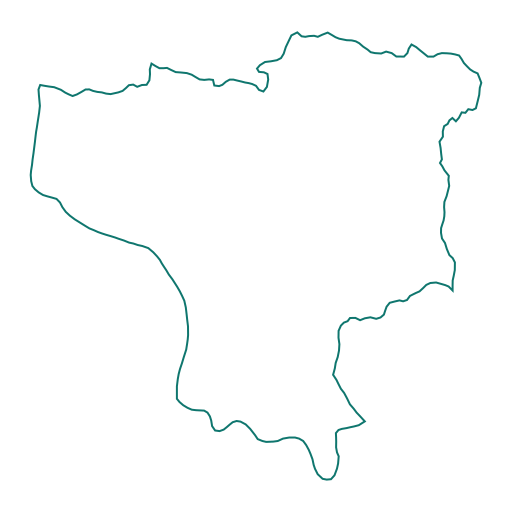 outline of Campos Gerais, Minas Gerais, Brazil
{"feature_id": "56859067B26263873821946", "entity_name": "Campos Gerais", "entity_type": "district", "adm_level": 2, "iso_a3": "BRA", "parent_name": "Brazil", "parent_adm1": "Minas Gerais", "projection": "robinson", "projection_center": [-45.751, -21.29], "detail": "fine", "context": "isolated", "style": "outline", "palette": "teal", "viewbox_px": 512, "rotation_deg": 0, "n_neighbors": 0, "source": "geoboundaries", "source_scale": "gbopen_adm2", "svg_char_len": 4083}
<svg xmlns="http://www.w3.org/2000/svg" viewBox="0 0 512 512"><path d="M176.9,398.8L179.5,402.0L183.2,405.2L187.5,407.8L191.8,409.7L196.1,410.2L204.1,410.6L207.5,412.6L209.9,416.4L211.2,420.5L212.1,426.1L215.1,430.5L219.6,431.1L223.7,429.6L226.7,427.2L229.7,424.6L232.7,422.2L236.6,421.0L240.5,421.6L245.7,424.4L250.2,428.9L255.1,435.2L257.7,439.1L262.4,441.0L266.2,441.9L273.3,441.6L277.8,441.0L283.0,438.6L289.4,437.5L294.9,437.5L299.1,438.6L303.2,441.0L306.2,445.1L308.8,449.9L310.5,453.9L312.5,459.3L313.7,465.0L315.0,468.8L317.7,474.2L322.6,478.8L326.7,479.6L331.0,479.2L334.5,475.3L337.0,468.6L338.1,463.5L338.7,456.3L337.0,452.4L336.1,447.4L336.2,441.6L336.1,437.5L335.9,433.1L338.5,430.0L341.8,428.9L346.5,428.1L350.4,427.2L353.8,426.5L358.8,425.2L364.8,421.4L360.5,416.7L356.6,412.6L353.7,408.7L349.9,404.3L347.1,398.5L344.1,392.9L340.9,388.8L338.6,384.3L336.4,379.8L333.1,374.8L334.8,368.5L335.7,362.9L337.7,357.1L339.0,350.6L339.4,344.2L338.5,337.7L338.6,330.8L340.9,325.6L343.9,322.6L347.6,321.2L350.0,318.0L355.4,317.9L360.1,320.2L364.8,318.3L370.4,317.3L376.2,318.8L380.5,317.5L383.9,314.6L385.2,310.6L386.6,306.7L389.7,302.8L394.7,301.5L399.5,300.4L403.1,301.3L407.0,300.0L410.0,295.9L415.6,293.1L419.5,291.4L423.1,288.1L426.3,284.9L430.3,283.0L436.1,282.5L441.4,284.0L445.2,285.1L448.6,286.5L452.6,290.5L452.6,284.9L452.7,280.4L453.7,275.9L454.8,270.1L454.9,262.4L452.7,258.1L449.4,255.1L446.8,248.9L445.0,243.0L442.0,238.5L441.0,232.8L441.1,228.1L442.3,224.3L443.6,220.4L444.3,216.3L444.5,212.2L444.1,207.1L444.4,201.9L446.6,196.2L447.9,191.1L449.2,185.9L448.4,179.9L448.8,175.8L444.5,170.4L442.3,166.3L440.0,163.0L441.9,159.4L441.2,154.0L440.6,148.0L439.5,141.7L442.9,136.7L442.8,131.4L444.1,126.2L447.7,123.9L449.4,120.4L452.4,118.0L455.9,121.3L458.9,117.8L461.7,112.4L465.4,112.8L468.3,109.2L472.5,110.0L475.9,108.3L477.6,101.5L479.2,94.9L479.8,87.8L481.3,82.8L479.4,77.8L477.6,73.4L473.5,71.6L470.1,69.4L467.0,66.3L463.9,63.0L461.5,58.9L459.1,55.5L455.0,54.4L450.9,53.6L447.1,53.3L441.9,53.1L437.6,54.2L433.5,56.6L427.8,56.6L423.5,53.1L420.0,50.3L416.2,47.1L411.5,44.5L408.8,48.6L407.4,53.1L404.0,56.6L396.3,56.5L391.7,53.1L386.1,51.6L381.2,53.5L374.9,53.1L370.7,52.2L367.6,49.6L363.1,46.6L359.2,43.2L355.7,41.3L351.7,40.4L346.7,40.2L343.2,39.5L339.2,38.7L335.5,37.2L332.2,35.2L327.7,32.6L322.3,34.7L317.8,36.8L314.1,35.8L309.0,36.1L305.3,36.8L301.6,36.3L297.3,32.4L291.4,35.4L288.7,41.0L285.8,47.1L283.7,53.7L281.0,58.1L276.9,60.2L270.9,61.3L265.0,62.0L259.9,65.2L257.0,68.6L259.0,71.9L263.9,72.3L267.5,74.0L268.2,79.6L266.9,86.9L263.4,91.5L259.0,89.9L256.0,85.8L252.1,84.0L248.7,83.1L245.1,82.5L241.3,81.5L237.0,80.5L233.4,79.6L229.7,79.6L225.8,81.8L222.4,84.8L219.1,86.1L214.3,85.5L213.0,79.9L209.1,79.4L204.3,79.9L199.6,79.4L195.5,77.0L191.7,74.7L186.9,73.1L181.0,72.5L175.7,72.1L171.2,70.0L167.0,67.9L163.6,68.2L159.4,68.2L155.6,66.1L151.5,63.6L149.8,69.4L150.0,74.2L149.4,80.3L146.6,84.8L141.9,85.0L137.2,86.8L133.2,84.6L128.9,85.2L126.0,88.0L122.6,90.9L118.3,92.4L114.7,93.2L110.6,94.1L106.1,93.6L101.8,92.4L97.3,91.9L93.0,90.9L89.3,89.4L85.5,89.5L81.3,92.0L76.8,94.5L72.5,96.0L68.4,94.2L65.2,92.6L60.9,89.8L54.2,87.2L48.8,86.5L44.5,85.8L40.2,85.0L38.5,89.5L38.9,95.0L39.4,100.4L39.9,105.9L39.1,112.9L37.8,121.2L36.8,127.8L36.1,131.8L35.6,135.9L34.9,142.1L34.1,148.4L33.5,153.2L32.6,159.4L32.0,165.0L31.1,170.6L30.7,175.0L31.2,181.2L32.4,186.0L34.9,189.2L38.7,192.4L43.0,195.0L47.2,196.3L52.0,197.6L56.5,198.9L60.0,202.5L62.4,207.2L65.8,211.9L69.9,215.7L74.7,219.3L80.3,222.8L85.1,225.8L89.4,228.4L93.9,230.2L97.9,232.0L101.8,233.4L105.8,234.7L110.6,236.1L115.1,237.5L118.4,238.7L123.9,240.5L129.1,242.6L133.3,243.5L137.7,245.0L142.3,246.0L148.3,248.1L153.3,252.3L157.1,256.4L159.9,259.9L161.8,263.4L164.0,266.8L166.2,270.1L168.8,274.5L172.4,279.3L174.7,282.9L177.2,286.8L179.8,291.3L182.1,295.9L184.3,300.7L185.8,307.4L186.6,314.2L187.2,319.8L188.0,326.3L188.1,335.1L187.7,339.6L187.1,343.9L186.2,349.6L183.8,357.1L181.9,363.4L180.0,369.0L178.7,374.0L177.8,379.0L176.9,386.3L176.9,393.8L176.9,398.8Z" fill="none" stroke="#0f766e" stroke-width="2"/></svg>